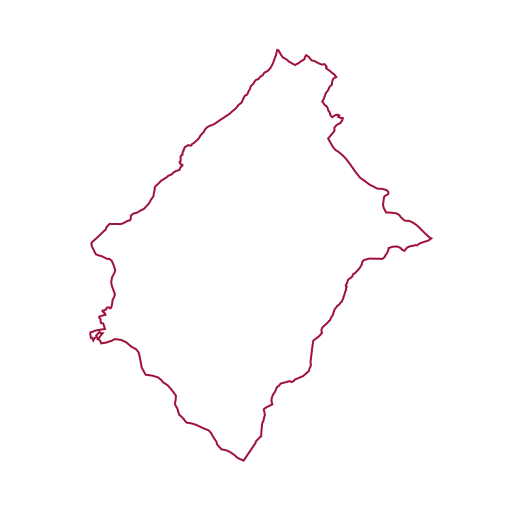 Moldova-Sulita, Suceava, Romania, rotated 351°
{"feature_id": "2599482B4922642356545", "entity_name": "Moldova-Sulita", "entity_type": "district", "adm_level": 2, "iso_a3": "ROU", "parent_name": "Romania", "parent_adm1": "Suceava", "projection": "albers", "projection_center": [25.239, 47.682], "detail": "fine", "context": "isolated", "style": "outline", "palette": "rose", "viewbox_px": 512, "rotation_deg": 351, "n_neighbors": 0, "source": "geoboundaries", "source_scale": "gbopen_adm2", "svg_char_len": 6044}
<svg xmlns="http://www.w3.org/2000/svg" viewBox="0 0 512 512"><g transform="rotate(351 256 256)"><path d="M431.9,266.0L430.3,264.9L426.2,259.7L421.3,252.9L418.5,249.6L414.8,246.5L412.2,245.1L409.9,244.8L408.0,243.9L405.6,241.0L403.5,237.4L401.4,235.9L394.6,233.9L391.3,233.4L389.7,228.6L389.4,225.6L391.1,219.7L392.0,217.2L396.4,215.4L396.8,213.7L395.6,211.6L391.6,209.5L386.5,208.5L383.7,206.4L379.4,203.3L374.1,197.9L370.9,194.8L367.0,187.7L362.4,178.2L359.7,173.5L356.6,169.2L353.5,165.8L350.9,163.5L349.0,160.2L345.6,151.3L352.1,145.6L353.0,144.7L353.3,143.8L353.4,141.7L353.7,141.3L355.6,139.6L357.6,138.7L358.9,138.2L360.1,138.0L360.9,136.8L362.3,135.8L363.1,134.0L363.3,133.4L361.2,133.0L360.8,132.7L360.3,132.2L359.0,131.4L360.2,130.2L359.4,129.6L358.1,129.1L356.2,129.3L353.0,130.8L351.8,129.3L351.8,128.9L351.3,127.5L351.4,126.5L351.2,125.6L350.9,124.8L350.4,124.3L349.6,119.8L348.2,118.2L347.6,117.8L346.9,116.4L346.5,115.3L346.0,114.7L345.7,114.4L345.6,114.0L345.7,113.6L347.4,111.6L348.1,110.2L348.4,109.6L349.0,109.0L349.7,107.2L350.4,106.2L353.2,103.4L355.1,100.5L356.0,99.7L357.8,98.7L358.3,96.3L359.1,94.4L360.0,93.2L360.6,92.7L362.0,92.1L363.3,91.8L361.9,89.2L361.3,88.4L359.9,87.3L358.1,85.0L354.6,81.5L354.7,80.6L355.4,80.1L354.6,78.8L353.9,77.4L352.9,77.1L351.0,77.3L347.7,75.3L344.3,72.6L341.6,71.6L340.3,69.4L339.8,68.7L339.4,67.8L337.0,65.5L336.8,65.5L335.9,66.6L334.5,69.2L333.0,70.0L332.6,70.0L330.3,71.0L327.7,72.4L326.3,72.7L324.6,73.5L322.3,71.9L321.2,70.9L319.1,69.3L318.4,68.6L317.8,67.6L317.5,67.2L316.1,66.0L313.9,64.3L313.3,63.6L311.8,60.3L311.4,59.3L310.7,57.0L310.3,56.3L309.2,55.8L307.0,61.1L305.8,63.0L302.8,68.5L299.6,72.7L296.9,74.8L294.6,75.8L293.3,76.0L292.7,76.5L291.9,77.3L291.4,78.2L289.0,79.3L287.8,80.0L286.7,80.9L286.2,81.6L283.7,82.0L283.2,82.3L281.7,83.7L280.1,85.7L279.8,85.9L278.7,86.5L277.6,87.4L276.9,88.3L276.6,89.3L276.0,90.4L274.6,91.8L273.6,93.6L272.3,95.3L271.9,95.5L271.2,95.7L270.6,95.6L270.0,96.0L267.7,99.2L265.9,102.1L262.0,104.3L260.5,105.9L258.9,107.2L255.0,109.5L252.2,111.4L238.8,117.5L236.9,118.5L233.7,119.7L230.2,120.3L228.5,120.9L226.4,122.2L225.2,123.4L224.6,124.1L224.1,125.1L220.9,127.5L219.2,129.1L218.7,130.1L218.2,130.7L217.4,131.1L217.0,131.7L216.2,132.3L214.8,133.0L213.3,134.1L212.2,134.7L210.2,135.5L209.6,136.6L208.8,136.8L207.5,136.3L206.1,135.9L205.7,136.2L204.9,136.6L203.4,137.0L202.8,137.3L202.2,138.0L202.0,138.8L201.2,139.6L201.1,140.5L200.7,140.5L200.0,141.6L199.5,143.2L199.3,143.7L199.2,144.5L198.5,144.4L198.2,144.9L197.0,146.0L196.8,146.6L196.9,147.7L196.8,148.3L196.5,149.5L196.5,150.2L196.3,150.6L195.7,151.0L195.7,151.8L195.3,151.8L195.7,153.0L196.1,153.7L196.9,154.2L197.6,154.4L197.6,154.6L197.2,155.4L196.3,155.7L195.9,156.2L195.5,156.4L195.4,156.7L195.1,156.9L193.8,158.8L193.8,159.0L189.9,159.6L186.7,161.1L185.8,162.0L185.1,162.3L183.0,162.8L182.2,162.9L181.2,163.5L179.9,164.4L174.1,166.8L170.7,169.4L168.2,170.9L167.1,171.9L166.5,173.1L166.4,174.6L165.4,176.6L164.0,181.1L161.4,183.6L158.7,187.2L155.8,189.5L152.7,191.9L148.6,193.2L145.2,194.6L143.7,194.8L142.3,194.7L139.8,195.7L138.8,196.7L138.6,197.6L138.3,198.9L137.7,200.3L137.3,201.0L134.7,201.2L129.6,203.0L126.9,203.3L122.7,202.4L118.7,201.9L116.5,201.3L112.9,204.1L111.7,206.4L108.8,208.2L103.0,212.3L96.2,216.7L95.2,218.3L95.6,221.3L97.0,226.0L98.2,229.3L100.3,230.6L103.3,231.9L106.1,233.8L108.4,235.5L110.7,235.9L112.8,238.3L114.2,243.9L114.6,247.3L114.6,248.5L113.3,250.8L110.6,254.3L109.6,257.0L108.8,259.8L109.0,263.1L110.7,271.8L109.3,274.6L107.4,277.1L106.4,280.8L104.9,284.4L103.8,284.9L102.8,283.8L101.4,283.6L100.4,283.8L99.9,285.1L98.6,285.5L97.5,286.2L96.4,285.8L95.7,286.3L96.5,287.7L98.0,289.2L98.0,290.7L95.5,290.7L91.7,291.4L91.5,292.3L92.6,294.4L92.2,296.2L92.6,298.1L94.6,298.8L95.4,304.5L92.5,304.4L85.9,304.5L82.7,305.3L80.7,305.4L80.1,307.1L80.1,311.0L81.2,311.1L82.1,314.0L83.8,311.6L86.0,311.5L85.8,309.5L89.6,306.5L90.3,307.8L92.4,308.3L86.8,313.4L88.0,313.9L88.5,315.1L89.2,316.4L89.5,318.1L94.4,318.1L100.4,317.1L103.5,316.0L109.3,317.6L114.1,320.7L119.0,326.4L122.9,329.2L125.0,332.9L125.4,337.6L125.7,348.4L127.9,354.6L128.5,356.0L135.1,358.0L140.4,360.7L143.4,364.1L144.0,365.8L148.5,369.8L152.1,375.6L155.1,381.4L154.3,384.9L153.0,388.6L153.0,390.7L154.4,394.1L154.9,397.8L155.4,401.0L157.3,403.0L159.2,405.9L160.9,409.2L162.3,410.1L165.5,411.0L170.3,413.3L177.8,418.4L181.9,420.7L184.0,423.9L185.2,427.6L186.8,431.0L187.9,433.2L188.1,436.0L190.7,440.0L191.4,441.4L196.1,443.2L199.0,445.0L203.1,448.7L206.2,452.5L211.7,456.2L226.3,440.6L226.5,439.7L227.4,438.7L228.3,438.0L229.9,436.9L231.7,435.4L232.9,434.9L234.5,427.3L235.2,425.5L235.4,423.9L236.1,422.1L237.4,420.2L237.5,419.6L237.9,419.1L238.5,417.6L238.8,416.6L239.8,414.8L239.9,411.4L239.6,409.0L239.7,408.6L242.5,407.1L248.9,405.1L248.6,401.1L249.4,398.7L251.1,395.5L252.6,394.2L254.5,391.6L255.5,389.8L256.7,388.4L258.1,388.0L260.3,385.9L269.7,384.8L271.3,386.1L273.8,385.4L274.8,384.2L283.7,382.0L290.0,378.0L291.5,375.1L292.9,373.1L293.3,371.4L293.2,369.4L297.1,355.7L299.3,348.6L305.3,345.4L307.3,343.9L308.6,342.6L309.1,342.4L309.0,341.5L308.9,340.1L309.5,338.3L309.9,337.6L310.7,336.8L312.4,335.5L313.9,334.8L316.6,332.8L317.9,331.6L318.9,331.3L319.3,330.5L320.2,329.0L323.3,325.4L323.5,324.1L324.6,322.6L325.1,321.2L328.9,317.7L330.7,317.0L331.9,315.4L333.5,314.7L334.1,313.6L335.7,311.4L335.9,310.3L336.9,308.8L337.5,307.5L338.5,305.1L338.9,304.8L339.9,302.9L339.7,302.5L339.9,301.8L340.0,301.5L340.7,300.6L340.2,300.2L340.5,299.9L340.1,298.7L341.4,297.5L342.2,295.8L343.3,293.8L346.7,292.1L347.8,291.3L348.1,291.1L348.5,290.0L349.3,289.0L350.0,288.7L350.7,288.7L351.8,287.9L356.1,284.6L359.4,280.6L359.8,279.0L361.0,277.5L362.5,276.8L367.5,276.3L377.4,278.0L380.2,278.7L383.0,277.1L384.0,275.4L385.7,273.9L387.9,270.4L388.1,269.0L389.5,268.7L393.1,268.2L397.6,268.9L400.7,271.3L400.9,272.4L403.4,274.1L406.7,271.2L408.2,271.0L409.2,270.5L413.6,270.4L415.4,270.2L416.9,270.7L418.4,269.7L421.0,268.9L429.0,267.6L431.9,266.0Z" fill="none" stroke="#9f1239" stroke-width="2"/></g></svg>